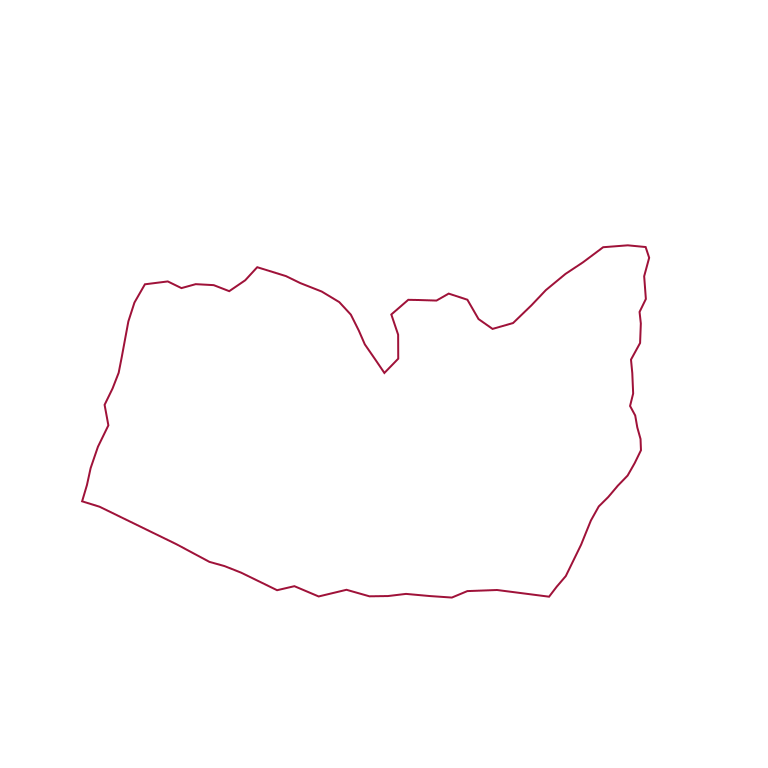 Mandres, Cyprus, rotated 206°
{"feature_id": "46923920B48793600754585", "entity_name": "Mandres", "entity_type": "district", "adm_level": 2, "iso_a3": "CYP", "parent_name": "Cyprus", "parent_adm1": "", "projection": "natural_earth1", "projection_center": [33.81, 35.343], "detail": "fine", "context": "isolated", "style": "outline", "palette": "rose", "viewbox_px": 768, "rotation_deg": 206, "n_neighbors": 0, "source": "geoboundaries", "source_scale": "gbopen_adm2", "svg_char_len": 1294}
<svg xmlns="http://www.w3.org/2000/svg" viewBox="0 0 768 768"><g transform="rotate(206 384 384)"><path d="M142.4,265.2L139.9,277.6L136.4,291.1L136.4,303.6L136.4,315.3L136.4,326.0L137.3,338.6L138.2,352.0L137.3,368.1L132.9,380.7L129.3,395.0L124.9,408.5L124.0,422.8L124.0,437.1L129.3,447.0L137.3,456.0L144.4,465.8L153.2,472.1L155.9,484.7L165.6,502.6L172.7,514.2L171.8,533.1L179.7,551.0L185.9,560.8L185.9,575.2L197.4,594.9L201.0,613.7L208.9,621.8L225.7,615.5L247.0,603.0L258.5,580.6L269.1,562.6L279.7,539.3L285.9,519.6L294.7,495.4L310.6,481.1L327.5,483.8L346.0,496.3L365.5,493.6L373.4,482.0L389.4,474.8L399.1,470.3L407.9,449.7L392.9,434.5L382.3,413.0L388.5,394.1L402.6,402.2L418.6,411.2L430.1,421.0L444.2,431.8L460.1,438.0L480.5,439.8L503.5,438.0L519.4,438.0L549.1,433.4L549.6,431.9L554.2,416.4L563.8,399.6L580.4,398.2L597.0,391.2L608.1,381.4L623.3,381.4L642.6,368.8L644.0,347.8L641.2,328.2L631.5,293.2L627.4,277.8L626.0,261.0L626.0,242.8L613.6,226.0L613.6,202.2L610.8,179.8L606.7,163.0L603.9,146.2L585.9,149.0L562.4,149.0L529.3,149.0L500.2,149.0L462.9,147.6L447.7,150.4L429.8,151.8L411.8,151.8L389.7,151.8L375.9,163.0L349.6,164.4L327.5,182.6L304.0,186.8L287.4,195.2L272.2,205.0L250.1,213.4L229.4,221.8L218.3,234.4L192.1,248.4L142.4,265.2Z" fill="none" stroke="#9f1239" stroke-width="2"/></g></svg>